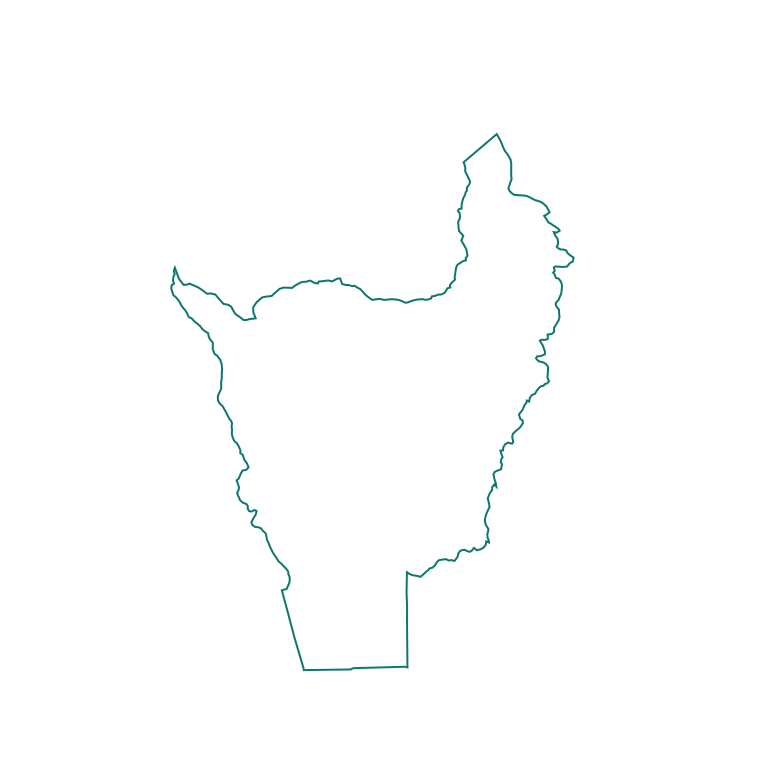 outline of Theobroma, Rondônia, Brazil, rotated 318°
{"feature_id": "56859067B32402961436", "entity_name": "Theobroma", "entity_type": "district", "adm_level": 2, "iso_a3": "BRA", "parent_name": "Brazil", "parent_adm1": "Rondônia", "projection": "robinson", "projection_center": [-62.291, -10.089], "detail": "fine", "context": "isolated", "style": "outline", "palette": "teal", "viewbox_px": 768, "rotation_deg": 318, "n_neighbors": 0, "source": "geoboundaries", "source_scale": "gbopen_adm2", "svg_char_len": 5338}
<svg xmlns="http://www.w3.org/2000/svg" viewBox="0 0 768 768"><g transform="rotate(318 384 384)"><path d="M133.0,543.0L168.3,573.9L171.0,574.6L192.6,593.0L210.1,607.9L211.8,610.3L243.0,575.0L252.1,565.0L261.2,554.1L275.1,539.2L276.0,542.7L277.7,545.8L280.0,548.5L282.1,551.7L287.5,551.8L289.9,551.7L292.2,551.9L294.4,551.6L297.1,552.9L300.6,552.9L303.8,551.8L306.7,551.6L310.4,553.9L313.0,555.8L313.9,558.4L316.3,560.0L318.0,562.7L322.9,561.7L326.3,559.5L328.7,559.0L331.0,559.8L332.9,561.1L333.9,563.6L335.3,566.0L337.5,566.6L341.2,566.0L341.8,569.8L345.6,571.6L348.4,572.2L352.0,571.6L354.7,569.4L355.9,572.1L357.4,569.8L358.1,567.5L360.1,564.9L362.1,563.6L364.5,561.9L365.5,556.6L367.1,553.5L369.4,551.4L373.0,549.1L376.8,547.4L380.3,545.9L383.4,540.7L384.6,538.4L388.2,536.6L390.2,535.7L393.2,535.2L395.5,533.0L398.7,532.5L398.8,535.4L401.0,531.9L402.1,529.3L403.5,526.7L404.8,524.4L407.5,523.4L411.2,524.6L413.9,525.7L416.1,524.0L418.1,522.5L418.4,520.2L421.0,518.3L423.1,517.8L424.3,514.8L425.9,511.4L428.0,513.0L430.4,510.8L433.6,509.9L437.0,510.5L439.1,514.0L441.3,513.6L443.7,509.3L446.3,507.3L450.7,507.1L453.8,507.3L455.8,507.3L461.0,506.1L462.7,503.7L461.9,501.3L463.9,496.9L469.4,496.0L474.9,493.5L477.4,493.2L479.1,491.9L480.1,494.2L483.1,491.9L486.4,491.2L489.7,492.3L493.0,491.2L497.3,490.6L499.3,490.8L501.3,492.1L503.2,491.6L505.7,492.7L508.4,492.4L509.8,488.5L514.0,484.6L517.3,481.2L517.8,477.5L516.7,474.3L515.4,472.4L514.0,470.2L514.2,466.6L516.1,465.9L519.1,468.0L523.1,469.6L525.1,468.0L527.7,461.9L528.3,458.6L528.9,456.0L530.9,456.7L533.3,459.1L535.9,460.1L538.8,456.7L540.9,458.3L542.9,459.2L545.5,458.9L548.0,456.0L552.5,454.7L556.4,453.5L559.2,451.7L561.5,448.6L563.9,445.6L563.9,442.5L564.9,439.5L566.9,438.5L569.5,438.5L573.5,436.6L575.8,435.7L577.6,434.2L581.7,430.5L583.1,428.4L584.0,425.8L584.3,422.7L582.7,420.1L584.1,416.8L584.3,414.4L586.7,414.1L588.2,411.1L590.2,411.5L595.3,416.8L598.7,419.2L603.0,418.5L606.2,419.3L609.5,416.9L608.5,413.3L608.0,409.5L608.8,406.8L607.4,404.2L605.4,402.3L604.4,400.2L604.1,397.6L606.4,396.8L608.3,395.1L610.3,391.8L610.5,388.7L611.8,384.7L613.7,387.0L617.1,387.6L617.4,385.3L615.2,376.4L614.3,374.0L615.1,370.1L615.5,366.2L618.8,367.0L622.0,367.2L623.6,360.6L623.0,355.8L622.1,353.0L619.1,348.0L616.8,341.6L615.3,338.9L607.5,330.8L606.7,328.5L606.4,325.0L607.3,321.9L613.0,318.6L615.6,317.4L618.6,313.5L626.0,305.4L628.2,302.0L629.4,296.6L629.7,292.2L630.5,289.0L633.3,281.4L635.0,273.7L591.5,272.5L590.6,274.9L588.9,278.0L586.7,280.1L584.2,288.9L583.3,291.4L580.7,292.8L577.1,293.5L575.0,295.8L573.0,296.1L570.7,297.8L567.3,298.9L564.3,300.8L560.8,303.5L559.1,305.5L556.8,304.2L554.8,304.8L554.5,307.6L552.4,310.8L550.0,312.2L547.7,313.0L544.6,317.0L542.1,320.6L542.1,326.9L537.5,329.1L536.0,336.1L535.2,339.2L531.8,344.6L529.0,345.1L527.7,346.9L524.5,345.4L522.4,345.2L518.6,344.5L515.4,345.8L507.9,352.0L506.5,354.0L501.8,354.0L499.1,354.7L497.9,356.6L495.2,355.3L490.4,356.8L488.4,356.5L486.0,355.5L483.6,353.5L480.9,352.7L478.2,350.9L476.1,351.9L473.0,350.6L471.1,349.1L469.6,347.0L466.9,344.7L464.5,343.0L459.9,340.6L456.8,339.6L454.3,338.0L452.3,333.2L449.8,329.6L446.6,326.2L440.4,321.6L438.2,318.5L436.7,317.0L431.6,313.7L430.5,309.0L429.9,305.5L429.9,297.7L428.7,294.6L427.9,291.3L425.8,289.9L423.9,286.7L421.8,284.8L419.9,281.8L422.0,276.0L419.5,274.4L414.0,273.0L411.9,269.8L409.0,267.7L406.0,265.7L404.1,264.2L402.2,265.1L399.9,262.4L398.5,257.9L394.3,255.7L391.8,253.7L389.3,252.6L383.3,251.3L380.0,251.1L374.1,245.3L370.1,243.4L364.1,243.3L359.3,243.4L355.2,240.4L351.3,238.1L344.0,238.0L338.0,239.5L334.7,243.6L332.6,249.3L330.3,247.8L327.9,246.0L324.2,244.2L322.4,242.4L321.8,238.5L320.4,232.7L320.9,229.5L322.2,224.3L321.4,221.2L319.9,219.1L318.4,217.2L318.3,213.9L318.5,204.6L316.2,201.1L312.9,198.6L311.9,193.0L310.6,188.0L306.7,179.4L304.0,178.3L301.4,176.2L301.9,169.4L302.6,167.1L306.4,157.7L303.5,159.3L301.8,162.4L299.1,163.4L296.4,166.0L295.0,169.0L292.5,168.4L289.9,170.6L288.0,174.5L286.9,177.3L287.4,180.2L287.3,184.1L286.8,187.1L285.9,190.2L285.6,193.6L285.6,196.3L285.1,199.2L283.7,203.5L285.0,206.6L285.0,210.3L286.1,217.6L285.8,221.0L286.1,224.5L287.3,228.6L285.8,230.8L284.9,232.9L284.3,239.0L280.2,243.3L278.3,247.9L278.9,251.9L278.5,256.4L276.8,260.3L273.9,264.4L271.6,266.5L268.9,269.4L266.5,271.9L264.4,273.4L261.9,276.3L259.8,278.6L256.7,279.9L252.6,281.7L249.7,284.9L248.9,288.0L249.2,292.6L248.4,296.1L247.8,298.9L246.5,303.5L245.8,306.4L245.7,308.9L244.9,311.4L242.3,313.6L240.4,316.4L238.1,318.6L236.5,321.0L235.4,323.5L234.6,326.5L235.1,329.2L234.5,332.4L233.0,337.1L231.0,339.1L231.6,342.1L229.6,346.6L229.0,351.3L227.6,355.3L224.2,355.6L221.0,353.7L218.8,354.3L216.5,355.3L212.7,357.1L210.0,357.0L208.9,359.7L207.1,363.8L205.1,365.4L201.8,366.9L200.8,369.4L200.2,371.7L199.3,373.7L199.6,377.5L201.4,381.1L201.1,383.7L199.4,385.2L198.7,388.2L200.2,390.2L203.4,390.9L204.3,393.1L201.3,395.2L197.4,396.3L192.9,398.0L191.8,400.8L192.7,404.3L194.5,406.0L196.0,408.8L195.7,412.5L196.2,415.5L195.0,418.0L192.7,421.6L192.1,424.2L191.0,426.9L189.7,431.0L188.7,434.6L188.1,438.3L187.0,445.2L187.5,449.4L187.5,452.0L187.7,455.8L187.3,459.3L185.7,461.3L184.6,464.4L183.0,466.4L180.3,468.6L174.5,471.1L170.0,469.0L166.7,475.5L160.2,488.4L147.6,512.9L134.5,540.4L133.0,543.0Z" fill="none" stroke="#0f766e" stroke-width="2"/></g></svg>